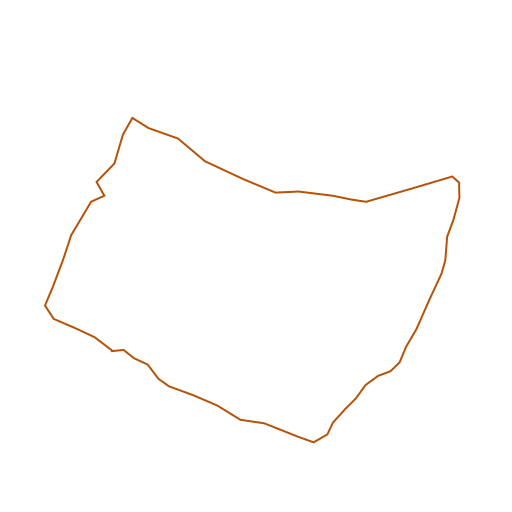 Gbeapo, River Gee, Liberia, rotated 205°
{"feature_id": "62588387B88320605520745", "entity_name": "Gbeapo", "entity_type": "district", "adm_level": 2, "iso_a3": "LBR", "parent_name": "Liberia", "parent_adm1": "River Gee", "projection": "mercator", "projection_center": [-7.976, 5.249], "detail": "fine", "context": "isolated", "style": "outline", "palette": "amber", "viewbox_px": 512, "rotation_deg": 205, "n_neighbors": 0, "source": "geoboundaries", "source_scale": "gbopen_adm2", "svg_char_len": 1015}
<svg xmlns="http://www.w3.org/2000/svg" viewBox="0 0 512 512"><g transform="rotate(205 256 256)"><path d="M126.8,111.3L125.0,111.5L115.9,124.5L115.9,137.4L110.5,154.9L105.2,169.4L102.7,182.7L102.2,185.4L94.6,199.1L85.5,208.3L83.8,212.6L80.9,220.4L81.6,237.2L79.7,257.4L79.8,261.6L80.1,277.0L80.4,291.0L80.4,316.3L80.4,318.4L82.6,332.1L90.9,354.2L92.4,372.5L96.2,394.6L103.0,408.4L111.7,411.0L144.3,382.1L179.1,351.7L181.7,350.9L193.2,347.5L212.1,343.0L244.7,332.4L253.8,327.6L260.0,324.4L265.1,321.7L299.9,320.3L320.5,320.3L342.3,320.3L376.4,329.5L407.4,326.5L424.4,328.6L426.4,328.9L427.9,309.8L425.1,291.1L423.4,280.1L431.8,255.7L418.9,246.5L428.4,235.5L429.4,225.2L431.2,207.4L432.3,196.6L431.2,187.9L430.9,185.1L429.3,171.5L427.1,142.5L426.3,121.9L412.7,113.5L389.3,114.2L368.1,114.2L346.9,109.6L346.4,108.9L336.3,114.9L323.4,111.8L308.2,111.8L292.4,103.4L279.5,101.1L253.7,103.3L228.0,104.1L207.2,101.7L200.7,101.0L178.0,107.8L140.9,110.0L126.8,111.3Z" fill="none" stroke="#b45309" stroke-width="2"/></g></svg>